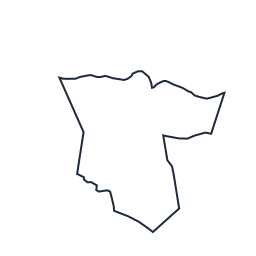 the district of Tourat/Soucis, Anse-la-Raye, Saint Lucia, rotated 120°
{"feature_id": "8701671B19273401931572", "entity_name": "Tourat/Soucis", "entity_type": "district", "adm_level": 2, "iso_a3": "LCA", "parent_name": "Saint Lucia", "parent_adm1": "Anse-la-Raye", "projection": "equal_earth", "projection_center": [-60.999, 13.973], "detail": "fine", "context": "isolated", "style": "outline", "palette": "slate", "viewbox_px": 256, "rotation_deg": 120, "n_neighbors": 0, "source": "geoboundaries", "source_scale": "gbopen_adm2", "svg_char_len": 1124}
<svg xmlns="http://www.w3.org/2000/svg" viewBox="0 0 256 256"><g transform="rotate(120 128 128)"><path d="M172.2,43.4L144.8,65.7L139.2,70.7L136.2,77.8L116.8,93.8L115.7,90.3L111.6,78.8L107.5,71.2L101.5,66.7L93.3,58.7L91.4,53.1L49.3,62.1L50.6,63.4L52.8,65.0L54.7,66.1L56.3,67.4L58.3,69.6L60.3,71.4L62.0,73.3L62.9,74.1L63.4,74.9L63.7,76.1L64.1,77.4L65.0,80.3L65.9,83.8L66.5,86.7L65.4,91.6L66.1,93.6L66.0,98.1L66.0,100.7L66.4,103.5L66.9,106.2L67.3,108.7L67.7,111.2L67.8,114.1L68.0,116.6L68.5,118.9L69.5,120.8L70.7,121.5L71.8,122.4L73.2,123.3L74.1,123.9L75.2,124.6L77.1,125.4L78.4,125.5L79.9,126.1L81.2,127.3L77.2,130.6L73.3,135.7L71.8,144.1L73.9,147.7L78.5,151.1L81.6,151.1L85.7,153.0L88.4,155.5L92.4,165.9L94.1,173.5L97.4,177.1L99.3,180.2L100.7,186.6L102.8,189.4L108.0,195.3L111.6,198.1L116.5,206.5L117.8,209.0L118.7,212.6L153.8,164.4L177.8,155.1L193.2,149.1L192.7,141.6L194.6,140.3L195.3,135.9L193.3,132.9L193.3,126.3L197.6,124.5L197.6,121.4L192.4,114.9L192.0,111.8L195.0,108.7L202.8,101.3L206.7,98.6L204.4,84.2L203.8,71.9L204.8,60.5L205.6,54.4L180.1,46.1L172.2,43.4Z" fill="none" stroke="#1e293b" stroke-width="2"/></g></svg>